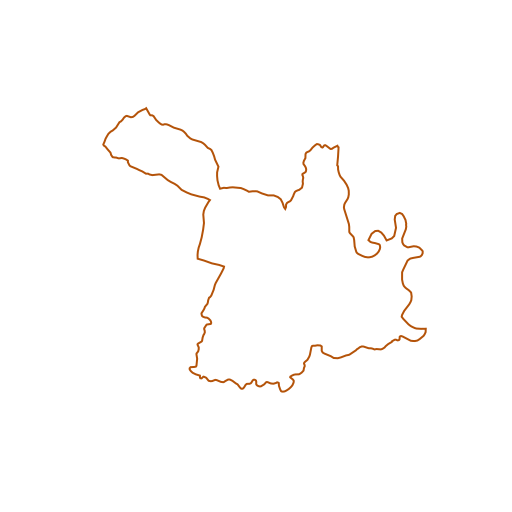 Tsendagang, Daga, Bhutan, rotated 295°
{"feature_id": "84629894B97971916223830", "entity_name": "Tsendagang", "entity_type": "district", "adm_level": 2, "iso_a3": "BTN", "parent_name": "Bhutan", "parent_adm1": "Daga", "projection": "mercator", "projection_center": [89.946, 26.88], "detail": "fine", "context": "isolated", "style": "outline", "palette": "amber", "viewbox_px": 512, "rotation_deg": 295, "n_neighbors": 0, "source": "geoboundaries", "source_scale": "gbopen_adm2", "svg_char_len": 6129}
<svg xmlns="http://www.w3.org/2000/svg" viewBox="0 0 512 512"><g transform="rotate(295 256 256)"><path d="M390.3,283.2L387.1,280.6L385.1,279.4L384.5,278.2L385.6,273.2L385.7,272.0L385.2,271.2L384.3,270.9L382.9,270.7L382.3,270.2L382.5,268.7L383.3,267.7L383.7,266.8L383.5,264.9L383.2,263.9L381.8,263.0L379.8,262.1L378.1,261.4L374.8,260.6L373.2,259.8L371.8,258.5L370.9,257.9L369.3,257.8L365.6,259.4L362.5,259.2L360.6,259.5L359.4,260.2L358.3,262.2L357.2,263.7L355.9,264.8L354.2,265.4L353.0,265.4L351.8,264.7L350.1,263.5L349.1,263.7L348.2,264.7L346.8,265.8L345.3,266.1L343.3,266.8L341.3,268.0L337.4,268.8L334.2,267.2L333.0,265.9L331.4,264.6L330.4,264.2L327.6,264.2L326.2,264.4L321.3,264.2L320.0,263.7L318.2,262.3L317.2,261.7L315.3,261.5L313.1,262.5L311.0,262.6L312.0,260.8L315.5,257.5L317.9,254.4L318.7,250.8L318.4,246.5L316.0,241.3L315.2,234.9L315.1,229.8L314.5,228.2L313.2,225.5L311.2,222.4L311.4,220.4L311.4,216.4L311.2,213.6L308.4,205.8L307.0,203.3L305.2,200.7L304.2,198.0L301.8,195.0L304.4,192.2L308.3,189.1L312.1,186.9L315.4,185.4L321.1,184.2L326.0,178.2L328.7,175.9L331.3,173.2L333.2,170.8L333.6,169.2L333.6,166.6L335.2,162.8L335.8,160.7L336.1,158.2L334.7,149.0L334.8,146.8L335.9,142.9L337.2,140.7L338.1,138.4L338.6,136.4L338.6,134.1L337.6,127.3L337.8,121.7L337.6,119.5L336.9,117.6L335.7,116.3L335.3,115.1L335.4,113.6L335.9,111.5L337.1,108.0L339.5,104.0L339.6,102.4L338.9,100.8L339.2,100.0L343.5,94.0L342.6,93.6L340.4,91.4L336.4,88.4L331.6,86.6L330.0,85.6L328.9,84.0L328.4,79.7L327.6,78.8L325.7,77.9L323.2,77.5L320.9,76.7L319.6,75.7L313.3,74.9L309.2,73.1L307.2,71.7L304.4,70.6L301.6,70.3L298.8,70.1L295.6,70.4L292.5,70.5L292.0,71.1L291.6,72.1L291.6,73.1L289.9,76.5L288.2,80.4L286.3,82.1L285.0,84.3L285.7,86.8L286.1,87.5L286.4,90.0L286.7,90.8L288.1,92.9L288.3,93.8L288.5,95.4L288.6,97.1L288.3,99.6L286.8,100.3L284.7,103.0L284.4,103.7L284.3,104.6L284.6,111.3L284.5,113.9L284.6,117.2L284.1,121.4L285.0,123.4L284.9,125.1L285.5,127.9L289.1,133.8L289.6,136.1L287.5,143.9L287.1,147.5L287.0,151.7L286.5,155.1L284.5,160.6L284.3,166.4L284.5,171.2L286.0,179.8L287.2,184.2L287.4,188.4L287.2,190.6L284.8,190.1L278.3,189.5L274.8,189.7L271.3,190.7L263.9,194.9L257.7,196.9L249.9,198.9L243.1,200.1L239.4,200.5L235.5,201.4L232.2,202.6L228.9,204.3L229.9,210.7L230.7,219.2L232.3,226.3L232.9,231.5L231.1,231.9L225.2,231.7L214.4,230.9L212.3,231.0L207.4,231.9L201.2,232.2L199.2,231.7L198.4,231.1L195.5,231.4L193.9,231.9L192.2,232.2L188.4,231.2L186.6,231.4L184.7,231.3L181.0,230.8L179.9,231.5L178.9,232.4L178.6,233.3L178.6,234.7L178.8,236.1L179.4,237.5L179.3,239.4L178.4,241.8L177.5,242.9L176.4,243.7L175.3,243.7L173.1,240.4L172.3,240.1L168.6,239.6L167.6,240.1L166.6,241.1L165.1,241.9L163.0,242.0L162.3,241.8L159.5,242.1L156.3,243.0L155.4,242.8L152.1,240.5L151.3,240.3L150.6,240.8L149.0,242.7L147.2,243.5L145.1,243.9L142.5,243.3L141.7,243.6L138.0,246.1L131.4,248.4L130.4,248.3L129.5,247.2L127.6,243.7L126.2,243.3L125.1,243.9L124.1,245.7L123.4,247.9L123.3,251.4L123.9,255.7L122.2,256.6L121.7,257.2L122.1,258.4L124.4,259.3L124.6,260.2L124.6,262.3L122.9,265.8L123.3,267.7L124.1,269.1L126.5,271.4L126.9,272.8L127.1,277.4L127.8,279.7L128.4,280.3L129.8,281.1L132.2,282.9L132.8,284.0L133.0,284.8L132.9,287.5L132.0,291.7L131.9,293.5L130.0,297.1L129.5,298.7L129.8,299.6L130.7,300.4L132.5,300.8L134.7,301.0L136.1,301.6L136.7,302.6L137.4,304.1L138.4,305.0L139.2,305.3L141.9,305.6L142.8,306.1L143.2,306.8L143.3,307.8L143.1,308.6L142.1,309.4L140.0,310.3L139.4,311.1L139.1,312.2L139.2,314.1L139.9,315.5L141.5,316.6L143.2,317.7L145.8,318.5L146.4,319.1L146.6,320.1L146.7,322.9L147.1,324.4L147.7,325.9L149.6,328.0L150.3,328.4L150.6,329.1L150.5,330.3L148.0,331.7L145.3,334.3L144.1,335.9L144.1,336.8L144.6,338.0L145.4,339.2L146.9,340.4L149.3,341.9L151.9,343.0L154.1,343.6L156.5,343.6L157.8,343.4L158.9,342.9L159.6,341.8L160.5,338.3L161.2,338.1L163.0,339.3L164.4,340.5L165.4,341.9L166.9,344.9L168.1,345.8L169.7,346.7L172.2,347.5L174.8,346.8L176.8,346.7L177.9,346.0L178.7,345.0L179.6,344.8L180.7,345.1L183.6,346.5L187.3,346.8L189.3,346.6L196.6,344.8L198.0,344.8L198.7,345.5L199.6,347.4L201.1,349.5L202.1,352.2L201.8,353.8L197.9,355.6L196.9,356.9L196.6,357.7L196.5,359.4L196.8,366.1L196.4,369.5L197.9,373.3L200.0,375.8L204.0,379.7L205.6,381.9L206.3,382.5L212.7,386.4L214.4,387.0L215.0,387.5L217.3,388.7L218.8,390.2L219.4,391.8L220.0,397.0L221.0,399.4L221.3,400.9L221.4,402.9L222.6,404.5L224.1,408.6L225.2,409.8L227.4,411.2L229.0,411.6L232.0,413.0L234.8,414.9L235.5,415.4L236.2,415.3L238.3,416.8L238.9,417.3L239.3,418.1L239.3,419.8L239.7,420.5L240.3,421.1L241.1,421.3L243.5,420.4L244.3,420.7L244.8,421.4L245.0,423.0L244.6,432.1L245.4,434.4L246.1,436.0L247.6,438.0L249.8,439.4L254.4,441.6L256.2,441.9L258.7,441.9L261.8,440.6L259.8,436.5L258.1,432.2L257.8,430.4L257.8,427.6L257.9,425.8L258.5,423.1L261.2,416.2L262.5,413.7L264.3,413.3L268.9,413.5L277.0,415.3L279.8,415.5L281.6,415.4L285.1,414.2L287.4,412.7L288.2,412.2L288.7,411.4L289.6,408.8L290.1,406.0L290.6,404.3L291.4,402.6L292.0,401.9L293.3,400.6L296.3,398.4L303.0,395.3L305.8,395.2L315.9,395.3L318.4,396.6L319.1,397.2L320.8,399.4L324.5,404.7L325.2,405.3L326.9,405.9L328.8,405.9L330.5,405.2L331.1,404.6L332.4,401.1L332.6,400.2L332.4,397.4L331.5,394.8L328.2,390.3L327.9,389.5L328.2,385.7L329.1,384.1L330.3,382.8L333.6,381.1L343.5,380.5L346.1,379.8L347.7,378.8L348.6,378.6L351.8,376.3L354.4,373.1L355.8,370.7L355.8,368.1L353.5,365.8L351.2,365.2L347.7,366.3L340.7,371.0L332.5,372.8L329.3,371.6L325.3,367.8L328.5,363.4L330.2,359.6L330.5,356.1L329.0,353.5L325.0,351.4L317.9,351.2L317.1,353.8L317.3,355.7L318.0,358.4L318.6,362.2L318.5,363.0L318.1,363.7L316.5,364.8L314.7,365.3L311.9,365.3L309.2,364.6L306.7,363.3L304.5,361.6L302.8,359.4L302.0,357.8L301.2,355.1L301.0,352.3L301.1,347.6L301.6,345.9L302.2,345.1L306.4,341.4L312.0,338.2L314.2,336.6L314.7,335.8L316.4,331.5L316.9,330.7L317.6,330.2L321.8,328.2L324.2,326.7L335.8,316.1L337.3,315.1L340.0,314.3L341.8,314.3L346.4,314.9L348.3,314.8L351.0,314.1L354.3,312.5L356.5,310.8L358.9,308.0L361.4,304.0L363.6,299.0L364.8,297.5L366.8,295.6L369.0,293.9L372.0,292.4L372.5,291.3L380.6,288.4L389.4,284.9L389.7,283.8L390.3,283.2Z" fill="none" stroke="#b45309" stroke-width="2"/></g></svg>